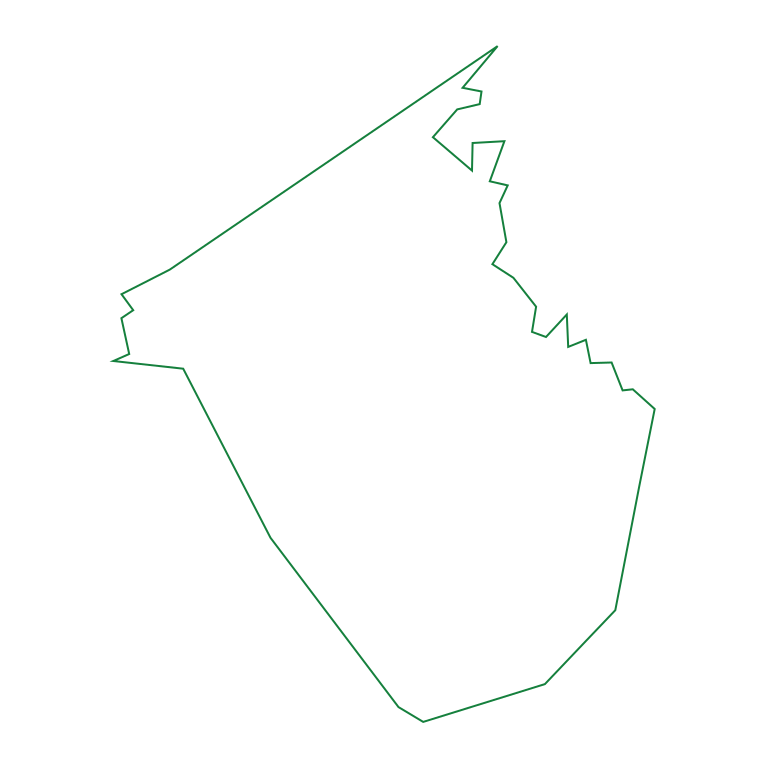 outline of Caldwell, Kentucky, United States of America
{"feature_id": "52423323B23836541816495", "entity_name": "Caldwell", "entity_type": "district", "adm_level": 2, "iso_a3": "USA", "parent_name": "United States of America", "parent_adm1": "Kentucky", "projection": "robinson", "projection_center": [-87.834, 37.165], "detail": "fine", "context": "isolated", "style": "outline", "palette": "green", "viewbox_px": 768, "rotation_deg": 0, "n_neighbors": 0, "source": "geoboundaries", "source_scale": "gbopen_adm2", "svg_char_len": 615}
<svg xmlns="http://www.w3.org/2000/svg" viewBox="0 0 768 768"><path d="M497.6,46.1L169.8,269.6L121.5,294.2L133.2,310.2L121.4,318.2L129.2,354.0L113.3,361.0L183.2,368.7L270.5,537.8L398.5,707.1L423.2,721.9L544.9,684.1L586.0,640.9L615.3,610.2L639.2,486.6L654.7,409.0L632.8,389.3L622.6,390.4L611.6,362.5L590.6,363.1L585.9,339.8L568.2,346.9L566.8,314.5L546.0,337.0L532.0,331.9L536.1,306.7L513.4,277.8L492.4,264.2L506.4,242.2L499.5,203.1L507.7,185.4L489.8,181.3L504.4,141.2L472.6,143.0L472.0,170.6L432.9,137.2L457.2,109.4L479.7,104.1L481.5,91.5L462.6,87.8L497.6,46.1Z" fill="none" stroke="#15803d" stroke-width="2"/></svg>